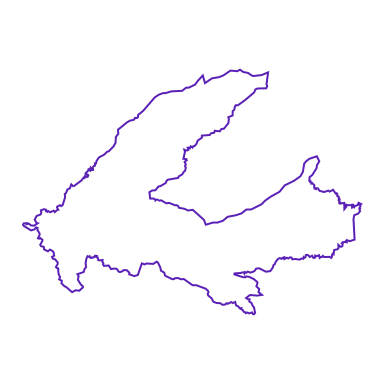 the district of Totutla, Veracruz, Mexico
{"feature_id": "50627088B19738638241158", "entity_name": "Totutla", "entity_type": "district", "adm_level": 2, "iso_a3": "MEX", "parent_name": "Mexico", "parent_adm1": "Veracruz", "projection": "robinson", "projection_center": [-96.892, 19.232], "detail": "fine", "context": "isolated", "style": "outline", "palette": "violet", "viewbox_px": 384, "rotation_deg": 0, "n_neighbors": 0, "source": "geoboundaries", "source_scale": "gbopen_adm2", "svg_char_len": 5967}
<svg xmlns="http://www.w3.org/2000/svg" viewBox="0 0 384 384"><path d="M319.3,161.3L316.8,156.3L309.4,158.8L306.2,161.2L304.2,163.6L302.9,171.8L300.4,176.3L294.0,180.8L284.7,185.4L279.5,191.8L270.8,196.6L264.9,200.8L261.7,204.2L251.3,209.4L246.2,209.6L241.3,213.5L235.6,215.3L227.6,216.8L222.9,220.8L217.2,222.6L213.3,222.5L205.8,224.7L203.9,219.8L192.7,209.8L188.2,210.5L184.4,208.8L179.0,207.8L178.3,206.2L176.7,205.2L175.2,205.3L169.1,202.9L166.3,203.3L161.2,200.3L159.6,200.7L157.2,199.6L155.7,199.7L155.3,200.3L154.9,199.3L153.2,198.5L150.2,198.6L149.4,192.2L152.1,190.5L155.3,190.3L158.6,186.3L160.1,186.3L165.7,183.0L166.6,180.8L167.8,179.7L178.2,177.9L178.7,176.5L182.2,174.4L183.9,171.7L185.1,170.7L185.8,167.7L185.0,166.0L185.8,164.3L184.6,161.8L186.7,160.3L186.3,159.1L183.4,158.8L185.0,151.7L184.3,149.7L186.7,150.5L188.2,150.1L188.3,148.8L187.7,147.7L188.8,147.5L189.8,148.3L190.8,146.3L192.5,147.6L193.3,146.2L194.6,146.0L196.5,143.9L197.7,140.6L201.9,137.7L201.9,135.6L209.7,135.0L211.0,133.3L214.1,132.8L214.8,130.8L219.8,131.3L221.4,129.0L223.8,128.8L228.3,123.3L228.9,119.0L228.3,117.2L232.6,115.5L232.7,111.1L234.3,109.7L234.9,106.5L235.8,105.2L237.9,105.3L244.9,100.2L254.1,92.5L255.4,89.4L257.6,88.5L266.2,88.3L267.2,86.2L266.5,84.2L268.1,72.4L261.5,75.1L253.5,76.0L251.7,75.5L248.2,73.0L243.3,72.0L240.0,69.7L237.4,71.2L230.5,70.6L223.2,75.5L218.8,77.2L212.1,78.3L205.0,83.1L202.8,75.5L197.9,80.7L195.1,84.6L188.7,87.7L186.1,87.7L182.2,90.8L171.2,91.4L165.2,93.2L163.4,93.0L158.8,94.7L154.8,97.4L143.1,110.9L138.1,114.9L138.0,117.2L137.0,118.0L134.9,117.9L134.4,119.3L133.2,120.0L130.0,120.6L126.8,122.5L118.0,129.7L118.3,133.8L115.9,136.9L115.5,142.9L113.6,146.3L108.8,151.3L107.2,151.7L104.1,154.7L99.0,157.4L96.5,161.0L96.1,163.3L94.9,163.3L95.0,165.7L93.5,166.2L92.8,167.6L93.1,169.9L92.2,170.0L90.6,167.5L90.2,168.3L90.9,170.3L90.4,170.8L88.5,169.4L88.0,170.9L85.5,173.3L85.6,174.1L86.5,174.7L87.6,174.5L88.3,175.4L87.8,176.6L86.8,177.1L84.9,176.2L84.5,178.0L83.6,177.6L81.4,180.5L74.2,185.9L73.0,186.1L71.3,184.4L69.8,188.4L67.5,189.4L65.9,193.2L64.8,194.0L65.1,197.3L62.6,205.2L61.2,206.1L60.0,205.2L57.2,206.6L57.0,207.4L58.2,209.8L57.2,209.9L54.8,212.1L53.7,210.7L50.2,212.2L48.2,211.1L47.4,211.8L46.2,210.2L45.9,210.7L45.3,209.5L43.8,209.2L40.9,210.3L41.3,212.5L40.6,214.5L36.7,215.9L34.7,219.7L36.6,223.1L37.6,223.3L34.1,225.7L31.0,225.4L28.6,223.5L26.6,224.2L26.7,223.2L23.7,223.4L23.0,224.9L24.1,226.1L31.1,230.4L34.6,229.3L36.1,227.4L37.6,227.9L37.4,230.2L39.3,232.8L39.7,234.5L38.0,238.3L39.7,238.7L40.3,238.1L42.4,239.7L42.4,240.9L40.2,244.8L41.0,246.1L43.8,246.9L44.1,249.4L47.9,251.3L50.0,249.6L52.8,251.2L53.7,252.7L54.2,255.7L52.0,256.9L52.8,258.6L55.2,259.4L57.7,262.4L57.7,264.0L55.9,267.0L56.8,268.0L58.1,268.3L58.4,269.5L58.1,270.1L58.8,274.6L60.1,277.1L59.1,279.4L61.8,280.7L61.5,283.3L64.4,286.2L66.3,287.1L72.1,292.2L75.5,290.3L79.3,290.7L82.9,287.4L82.9,286.4L80.8,284.5L77.9,279.8L78.6,276.2L77.4,274.2L83.7,272.0L84.5,269.1L86.1,267.1L85.6,263.1L86.3,259.0L87.5,256.2L88.9,256.8L89.7,256.2L90.4,257.8L91.7,258.0L92.0,257.4L93.7,257.4L95.1,255.7L96.6,255.9L96.1,256.9L97.6,257.4L98.2,260.0L99.2,260.4L102.6,260.0L102.4,262.1L103.4,263.3L103.1,264.7L104.0,265.9L108.7,265.5L111.0,269.1L114.7,268.5L116.8,268.9L118.6,271.6L119.9,272.1L122.3,271.3L123.6,270.1L127.0,270.3L129.4,272.8L129.2,274.3L134.3,276.1L137.8,275.0L141.9,263.4L144.7,264.4L146.5,263.5L153.3,263.9L156.6,261.7L157.9,262.5L160.3,267.4L161.0,270.7L164.3,272.7L165.0,275.5L165.9,276.1L172.3,279.2L174.0,279.1L174.7,278.3L177.8,278.0L181.1,279.3L183.8,279.0L192.5,285.2L196.2,285.2L205.7,288.7L208.1,291.0L208.5,292.3L207.7,293.8L208.1,295.4L211.6,298.3L213.2,301.6L216.5,303.0L220.3,303.2L222.4,304.8L225.4,304.5L226.5,303.2L227.8,303.8L231.2,302.1L232.7,303.0L235.2,302.0L236.1,305.4L238.2,306.4L239.9,308.4L241.4,308.1L241.2,309.2L242.7,310.0L243.7,311.8L244.8,312.0L245.7,313.2L247.0,312.5L249.3,313.4L252.1,312.4L253.0,314.1L253.8,314.3L255.1,313.0L254.0,307.3L252.8,306.0L251.5,303.0L249.3,301.5L249.6,299.3L247.8,299.2L246.1,298.0L250.0,295.0L257.1,295.6L261.9,294.9L258.5,292.1L259.2,289.0L256.4,286.4L257.5,283.0L257.3,282.1L253.9,279.1L249.1,276.8L245.8,276.5L245.3,277.3L242.7,277.1L234.4,274.4L234.6,273.4L240.9,273.0L242.4,272.3L244.1,272.5L244.4,273.4L245.0,272.0L246.2,272.8L247.7,271.6L250.4,272.6L253.5,271.6L255.0,270.5L256.0,268.7L257.4,268.4L259.4,268.4L265.9,271.7L270.3,271.1L272.8,267.6L273.5,265.1L274.7,264.3L275.5,262.2L277.6,259.3L279.8,258.0L281.3,258.8L282.5,257.9L283.1,258.4L284.1,257.1L284.6,257.3L284.7,258.9L286.8,257.7L288.2,258.5L290.1,257.3L291.5,257.6L292.3,259.3L295.3,259.0L299.5,259.6L301.7,258.5L303.2,258.8L303.7,257.2L304.3,257.9L304.8,257.7L305.6,256.9L305.7,255.2L306.5,254.8L308.1,255.1L309.8,257.0L312.1,255.7L313.3,257.8L314.3,257.9L314.9,257.7L315.2,255.6L316.5,256.3L319.0,255.2L319.7,257.9L321.1,256.8L322.3,256.9L322.9,255.9L324.3,257.0L329.8,256.9L331.1,257.9L331.8,257.3L332.0,255.0L332.8,253.7L333.6,254.3L334.2,250.0L337.5,249.3L338.5,248.0L338.4,244.9L340.4,246.7L341.7,246.6L342.4,246.1L342.7,243.5L341.9,243.2L342.7,242.2L345.0,242.0L345.9,241.1L345.9,242.2L346.8,242.3L347.1,240.2L349.6,241.2L354.6,239.6L353.5,219.2L354.2,215.2L358.1,213.7L360.1,211.1L359.5,209.8L360.1,208.7L359.4,208.1L360.5,206.2L360.3,204.4L361.0,204.0L358.6,202.8L358.1,204.1L358.8,204.7L354.9,206.0L354.4,206.9L353.3,204.8L352.4,204.7L352.6,207.4L352.1,207.6L352.0,205.6L351.3,205.1L347.8,205.2L345.8,204.5L345.2,204.8L346.3,206.7L344.4,209.1L344.2,202.9L340.2,203.6L340.3,202.6L339.1,202.6L339.6,199.7L338.7,199.8L339.1,198.1L338.6,197.8L338.7,196.7L337.1,195.8L337.4,194.2L336.6,193.2L335.7,193.6L333.1,189.8L329.6,191.6L328.3,190.6L324.2,192.0L319.7,190.9L317.8,188.3L316.1,188.2L315.9,189.1L314.5,188.5L314.1,187.4L314.4,185.2L312.5,183.5L311.5,183.6L311.7,182.6L310.3,182.3L310.4,181.0L309.3,180.8L309.6,177.1L312.3,175.0L316.5,168.3L316.9,165.3L319.3,161.3Z" fill="none" stroke="#5b21b6" stroke-width="2"/></svg>